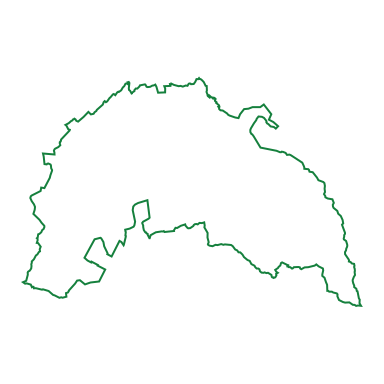 the district of Babeni, Salaj, Romania
{"feature_id": "2599482B45122304788929", "entity_name": "Babeni", "entity_type": "district", "adm_level": 2, "iso_a3": "ROU", "parent_name": "Romania", "parent_adm1": "Salaj", "projection": "orthographic", "projection_center": [23.391, 47.295], "detail": "fine", "context": "isolated", "style": "outline", "palette": "green", "viewbox_px": 384, "rotation_deg": 0, "n_neighbors": 0, "source": "geoboundaries", "source_scale": "gbopen_adm2", "svg_char_len": 5907}
<svg xmlns="http://www.w3.org/2000/svg" viewBox="0 0 384 384"><path d="M271.3,114.2L263.8,104.5L260.3,107.1L252.6,107.1L248.4,108.7L244.1,109.1L240.1,114.2L238.5,118.1L235.2,117.5L229.4,115.5L227.8,114.5L227.3,113.6L222.7,110.5L220.5,110.3L219.2,109.1L219.0,107.8L218.4,106.8L219.4,106.6L219.0,105.3L216.4,103.1L216.7,102.9L216.5,102.1L215.1,101.1L214.9,100.4L215.6,99.0L214.7,98.1L213.2,98.7L212.7,98.1L213.0,97.6L211.5,97.4L209.8,95.9L209.5,97.4L207.8,96.0L207.6,95.5L208.1,94.9L207.4,94.3L206.5,91.9L206.9,90.4L206.7,86.0L205.6,85.8L203.8,82.1L202.0,80.2L200.6,79.1L199.6,79.0L199.0,78.1L198.1,79.2L196.5,79.1L195.3,81.8L193.7,84.0L191.0,84.2L190.5,83.6L189.3,83.5L188.7,83.8L187.5,85.8L185.8,85.5L182.8,86.6L180.6,85.9L178.7,86.2L173.9,84.9L171.3,83.6L171.1,84.4L170.0,84.2L170.3,85.9L164.3,86.2L165.2,88.6L165.1,92.4L158.1,92.7L156.4,86.7L155.3,84.6L153.8,85.4L152.3,85.6L150.2,86.8L147.7,87.1L146.6,86.8L145.3,84.5L144.8,84.4L139.9,85.4L139.5,86.4L137.3,88.6L135.8,88.5L134.4,90.2L134.4,91.1L132.0,92.7L132.0,93.3L131.6,93.5L130.1,90.8L129.0,89.9L128.8,88.3L129.4,83.0L128.3,81.3L128.5,83.2L127.6,82.7L127.6,84.0L126.7,83.4L125.5,83.7L124.2,86.2L122.8,87.5L121.2,90.3L118.8,92.0L118.3,91.7L117.2,92.4L115.3,95.2L113.8,94.0L112.9,94.4L110.2,97.6L109.7,97.8L107.2,101.4L105.9,102.2L104.7,101.1L103.7,102.1L102.8,104.6L96.8,109.9L96.3,111.0L94.6,112.2L93.6,113.8L90.9,114.4L88.4,111.9L83.6,116.9L78.1,121.6L76.3,120.8L75.5,119.4L74.4,118.7L74.0,119.2L73.2,119.3L72.3,120.5L71.3,120.9L68.7,123.2L65.5,124.9L66.4,125.6L68.3,129.3L69.8,129.8L69.6,130.5L61.1,139.5L60.9,141.0L60.3,141.5L60.2,142.2L59.8,142.3L59.7,143.1L60.3,145.2L58.3,147.1L55.1,148.7L54.4,149.5L53.9,150.8L54.4,152.3L54.5,154.5L43.0,153.5L43.7,156.5L44.5,164.1L46.7,164.4L47.3,163.7L48.3,163.5L50.5,164.5L50.9,165.3L51.2,168.3L52.1,170.1L52.0,170.8L50.4,175.3L49.8,177.8L44.4,188.1L41.2,187.6L40.6,191.0L31.7,195.5L30.8,196.3L30.3,198.0L31.7,201.1L34.0,204.4L35.0,206.9L34.7,209.8L33.4,213.9L39.5,219.8L41.5,222.7L44.3,225.8L44.4,227.0L43.6,229.0L42.2,230.1L41.3,232.2L39.4,233.9L38.2,234.3L37.7,237.4L36.9,238.2L37.6,238.8L37.6,240.4L36.8,242.9L38.1,243.1L40.7,246.7L39.7,249.3L40.0,251.3L38.8,252.1L37.4,254.4L35.9,255.5L33.9,259.3L31.8,261.4L31.8,262.8L31.3,264.2L31.5,266.0L31.2,268.5L29.8,270.6L28.1,271.7L27.7,272.5L27.8,274.7L26.2,280.8L23.0,282.2L25.1,283.7L26.7,283.4L30.8,284.6L31.9,287.2L32.7,286.7L33.5,286.8L33.9,288.3L35.9,288.2L42.1,289.7L42.9,289.3L48.6,291.0L53.2,295.0L54.5,295.3L59.4,297.8L61.2,297.3L62.6,297.7L66.4,296.7L66.0,293.1L67.9,292.5L68.8,291.1L68.8,290.6L75.1,283.6L77.1,280.6L79.9,280.2L85.0,284.4L90.5,282.5L99.1,281.5L105.2,269.5L97.6,265.6L97.9,265.0L91.8,261.8L91.8,262.4L91.4,262.6L87.5,260.5L84.5,257.8L94.6,239.3L100.4,237.8L101.2,238.3L103.4,242.0L104.2,246.3L107.4,252.9L107.6,253.5L107.3,254.2L111.6,256.5L119.5,240.9L121.4,242.0L123.6,245.3L123.8,244.9L125.8,236.6L125.8,235.9L125.4,235.6L125.8,232.0L125.5,231.6L125.2,229.7L129.7,228.6L133.6,226.7L134.4,225.3L135.1,221.6L132.7,210.1L133.3,206.5L135.0,204.6L138.1,203.0L147.4,200.2L149.6,217.7L148.6,218.7L143.1,221.7L142.2,223.0L143.2,225.6L143.2,227.0L143.8,230.0L145.2,232.2L146.2,232.5L146.3,233.2L147.7,234.0L147.6,234.6L149.4,238.2L149.7,238.2L150.6,235.2L155.8,232.3L161.6,231.4L163.0,231.5L163.8,231.1L164.5,232.0L174.0,231.0L173.9,230.4L175.5,227.8L177.1,228.0L180.8,225.8L185.2,224.4L185.5,225.6L187.5,227.9L188.2,228.3L190.2,228.1L193.3,226.0L193.8,225.0L194.9,224.2L196.4,224.0L197.7,224.4L199.5,222.9L201.9,223.1L204.2,222.4L204.7,225.5L204.4,227.4L207.6,232.9L207.5,237.6L208.7,242.2L207.9,244.2L208.3,245.0L209.7,245.7L212.6,246.2L215.5,244.8L217.5,245.1L221.2,244.1L223.4,244.8L224.9,244.4L231.1,245.0L232.7,246.1L235.2,249.5L237.2,250.4L238.5,252.3L240.3,252.4L242.5,254.6L244.0,257.1L247.5,260.0L249.7,260.9L251.4,264.1L254.5,265.7L255.2,267.1L256.6,268.5L258.3,268.5L259.4,269.3L260.0,271.3L261.5,272.6L263.6,272.8L264.6,272.4L266.4,273.1L268.0,272.8L271.4,274.9L271.8,276.9L272.5,277.5L273.4,277.4L273.7,277.9L275.3,277.3L276.4,275.4L276.1,273.9L277.8,272.8L276.3,271.8L275.2,269.9L278.0,268.0L278.6,266.9L280.3,265.5L281.0,263.1L282.1,262.4L287.2,264.9L287.3,266.0L288.3,265.5L288.5,267.1L290.3,267.2L292.0,268.6L292.7,268.4L293.9,267.2L298.4,267.0L299.8,267.3L300.2,268.5L301.3,269.2L304.6,267.4L308.2,267.2L314.7,265.6L316.3,264.4L318.7,266.4L322.9,268.5L323.2,270.4L322.3,274.5L322.3,275.9L324.5,277.7L326.0,282.2L327.1,284.8L327.3,290.9L328.3,290.9L329.2,291.7L331.9,291.7L333.2,292.5L336.8,293.4L337.5,294.3L337.4,296.3L339.0,300.0L342.9,302.0L345.1,302.6L349.4,302.4L352.8,304.8L354.7,304.9L356.1,305.9L358.0,305.5L361.0,305.8L359.5,303.2L359.7,299.6L358.9,298.4L357.5,291.3L356.8,291.0L356.3,288.7L354.2,287.1L354.2,285.5L353.3,283.5L352.7,281.0L352.7,279.9L353.8,277.0L355.0,275.0L354.6,271.9L354.9,271.1L354.7,268.7L354.2,267.5L354.2,266.4L354.5,265.9L354.1,263.9L351.7,263.4L350.7,262.1L348.9,261.5L349.1,260.7L348.7,259.5L345.1,254.2L345.0,252.1L346.0,250.4L346.3,248.5L346.9,247.3L347.3,245.9L347.2,244.6L346.1,241.0L343.9,239.4L343.7,238.6L344.2,236.6L344.2,235.1L345.0,233.8L345.0,232.8L342.0,224.7L343.2,223.4L342.6,220.0L340.8,216.0L338.2,213.7L337.3,210.9L333.6,207.9L333.0,206.6L332.8,204.8L333.8,202.9L332.4,199.3L327.7,198.5L325.4,197.3L325.3,196.1L324.0,194.1L325.0,192.0L324.6,188.7L324.9,185.9L324.4,183.1L323.3,182.0L318.4,180.2L317.0,177.6L312.7,172.2L309.5,171.7L308.9,169.8L308.3,169.2L304.3,168.8L304.3,167.5L303.9,166.2L302.3,162.7L291.0,155.3L289.5,154.6L287.0,154.9L285.6,152.9L283.1,151.9L281.6,151.7L281.1,152.2L280.0,152.2L276.6,150.8L260.5,147.6L253.6,136.2L252.2,134.3L251.5,134.1L250.4,132.2L250.3,130.0L250.9,128.4L254.0,123.2L256.2,120.2L256.7,118.8L258.5,116.5L261.9,116.8L264.0,117.9L266.0,120.4L266.6,121.9L266.4,122.3L267.1,123.4L268.4,124.1L270.6,126.4L273.9,127.0L275.8,128.6L278.1,126.2L273.3,122.0L268.9,119.7L271.3,114.2Z" fill="none" stroke="#15803d" stroke-width="2"/></svg>